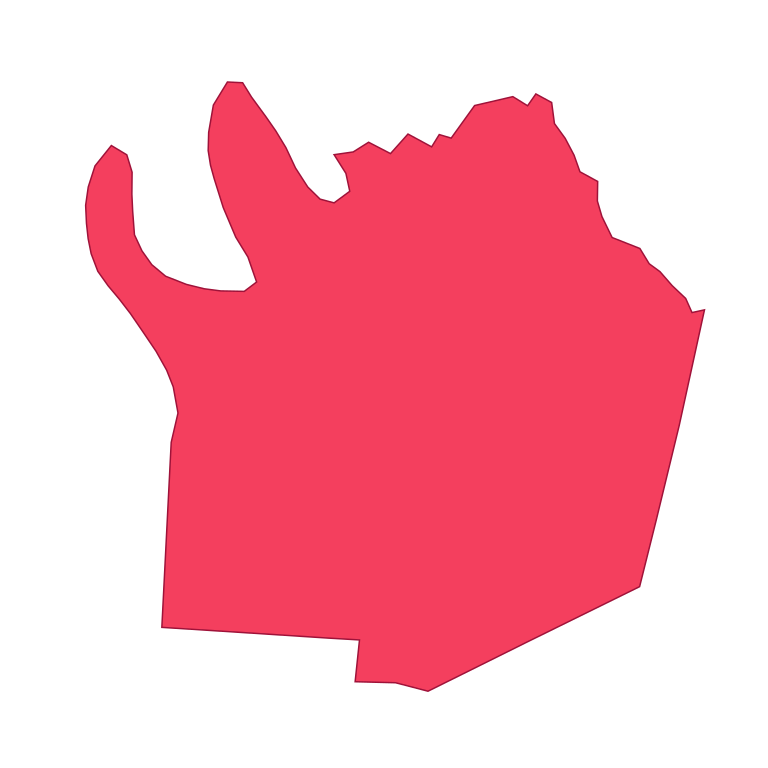 Nova Itaberaba, Santa Catarina, Brazil, rotated 5°
{"feature_id": "56859067B19275359391093", "entity_name": "Nova Itaberaba", "entity_type": "district", "adm_level": 2, "iso_a3": "BRA", "parent_name": "Brazil", "parent_adm1": "Santa Catarina", "projection": "equal_earth", "projection_center": [-52.854, -26.96], "detail": "fine", "context": "isolated", "style": "filled", "palette": "rose", "viewbox_px": 768, "rotation_deg": 5, "n_neighbors": 0, "source": "geoboundaries", "source_scale": "gbopen_adm2", "svg_char_len": 1234}
<svg xmlns="http://www.w3.org/2000/svg" viewBox="0 0 768 768"><g transform="rotate(5 384 384)"><path d="M696.8,282.2L684.6,286.0L677.1,272.5L662.5,260.9L649.1,248.0L637.7,241.1L627.1,226.7L613.3,222.6L598.5,218.2L586.5,198.2L580.6,183.1L579.2,163.6L560.7,155.5L553.4,139.5L543.1,123.5L531.1,109.7L526.5,89.0L510.0,81.8L502.8,94.3L487.3,86.5L450.0,98.7L429.5,133.2L417.3,130.7L410.8,143.6L386.1,132.9L370.4,153.9L347.6,144.5L333.1,155.5L314.3,159.9L327.7,177.5L333.1,195.0L318.5,207.9L304.2,205.4L290.9,194.4L277.0,176.5L265.7,157.1L254.2,141.4L243.2,128.2L227.0,109.7L216.9,96.2L201.7,96.8L189.7,121.0L187.4,148.6L188.5,166.8L192.1,181.2L197.0,194.4L208.5,222.3L223.5,250.6L237.4,269.4L248.2,293.5L236.7,303.9L213.2,305.5L196.5,304.8L178.5,302.0L157.1,295.7L142.3,285.4L131.3,272.5L122.4,257.1L118.6,233.9L116.3,217.0L114.6,195.0L107.8,178.1L91.6,170.2L77.1,191.9L72.2,213.5L71.2,232.0L73.6,249.9L76.6,265.0L80.9,279.7L89.1,296.7L100.6,310.2L112.8,322.4L125.2,335.9L139.1,352.8L154.1,371.3L166.3,389.2L174.3,405.2L181.3,430.9L177.1,460.7L183.9,645.8L350.0,642.0L381.9,641.1L381.2,683.1L421.5,680.6L454.6,686.2L548.0,629.2L656.3,563.6L667.1,495.6L681.7,399.6L696.8,282.2Z" fill="#f43f5e" stroke="#9f1239" stroke-width="1.5"/></g></svg>